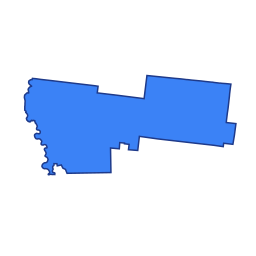 Cervenia, Teleorman, Romania, rotated 7°
{"feature_id": "2599482B58778725619949", "entity_name": "Cervenia", "entity_type": "district", "adm_level": 2, "iso_a3": "ROU", "parent_name": "Romania", "parent_adm1": "Teleorman", "projection": "albers", "projection_center": [25.475, 43.834], "detail": "fine", "context": "isolated", "style": "filled", "palette": "blue", "viewbox_px": 256, "rotation_deg": 7, "n_neighbors": 0, "source": "geoboundaries", "source_scale": "gbopen_adm2", "svg_char_len": 5124}
<svg xmlns="http://www.w3.org/2000/svg" viewBox="0 0 256 256"><g transform="rotate(7 128 128)"><path d="M234.6,110.5L233.6,110.5L225.4,110.6L224.9,110.6L224.8,109.1L224.8,105.6L224.8,103.7L224.8,101.0L224.9,96.9L224.9,96.4L224.9,94.6L224.8,83.9L224.7,81.7L224.7,78.9L224.7,76.8L224.8,71.9L219.6,72.0L215.8,72.2L214.1,72.2L213.7,72.3L207.8,72.3L207.6,72.3L207.2,72.3L206.8,72.2L205.1,72.3L199.2,72.4L194.9,72.4L185.0,72.7L184.8,72.7L183.3,72.7L181.6,72.7L180.2,72.8L178.8,72.8L174.9,72.8L171.3,72.9L168.7,73.0L140.4,73.6L140.4,96.9L112.5,96.8L93.2,96.9L93.2,90.2L90.5,90.1L86.3,90.1L69.0,90.2L44.8,90.3L35.5,90.4L30.4,90.3L27.7,90.4L27.1,90.4L27.0,91.0L27.0,91.3L26.9,91.6L26.6,91.5L26.4,91.7L25.5,92.0L25.2,92.2L25.0,92.3L24.9,92.4L24.9,92.6L24.0,93.2L23.9,93.6L23.8,94.1L23.8,94.7L23.9,95.2L24.1,95.6L24.2,95.8L24.3,96.1L24.6,96.3L24.9,96.7L25.5,97.1L25.8,97.3L26.1,97.4L26.3,97.6L26.6,97.7L27.2,98.2L27.1,98.4L26.8,98.5L26.0,98.8L25.9,98.9L25.7,99.3L25.4,99.5L25.1,99.9L24.9,100.1L24.8,100.3L24.6,100.6L24.4,101.0L24.3,101.4L24.2,101.6L24.2,101.9L24.2,102.1L24.4,102.4L24.4,102.6L24.6,103.2L24.7,103.4L24.8,103.8L24.8,104.2L25.0,104.6L25.1,105.2L25.1,105.3L24.6,105.4L24.1,105.3L23.7,105.6L23.3,105.6L23.0,106.0L22.8,106.3L22.2,106.9L21.8,107.5L21.5,107.8L21.5,108.0L21.4,108.2L21.4,108.4L21.4,109.8L21.4,110.2L21.6,110.9L22.0,111.9L22.3,112.8L22.4,113.0L22.6,113.7L22.7,115.0L22.7,115.9L22.8,116.3L22.8,116.7L22.9,117.4L23.0,118.0L22.9,118.7L22.9,119.0L23.0,119.7L23.1,120.6L23.1,121.0L23.3,121.7L23.3,122.3L23.3,122.8L23.6,123.2L24.1,123.4L24.3,123.5L24.5,123.7L24.7,123.8L24.8,124.2L24.7,124.5L24.6,124.9L24.6,125.0L24.8,125.1L25.0,125.1L25.2,125.3L25.3,125.6L25.5,125.9L25.9,126.2L26.3,126.4L26.4,126.6L26.5,126.8L26.8,127.4L26.9,127.8L26.9,128.0L26.9,128.3L26.8,128.8L26.7,129.1L26.7,129.5L26.5,129.9L26.2,130.2L26.1,130.3L26.1,130.6L26.1,130.8L26.0,131.0L26.3,131.5L26.4,132.1L26.5,132.3L26.7,132.5L27.1,132.7L27.4,133.0L27.6,133.2L27.8,133.4L28.1,133.6L28.3,133.7L28.5,133.7L28.8,133.5L29.0,133.8L29.4,133.9L29.7,133.9L29.9,133.9L30.3,133.7L30.5,133.6L30.7,133.3L30.8,133.2L30.7,132.9L30.8,132.7L31.0,132.5L31.1,132.3L31.2,132.2L31.4,132.1L31.5,132.1L31.9,132.2L32.0,132.2L32.3,132.2L32.4,132.3L32.5,132.4L32.7,132.2L32.9,132.2L33.1,132.0L33.3,131.9L33.5,131.9L33.6,132.0L33.9,132.2L34.0,132.2L34.3,132.1L34.5,132.1L34.5,132.3L34.7,132.6L34.8,133.1L35.0,133.4L35.2,133.6L35.3,133.8L35.3,134.1L35.4,134.3L35.5,134.4L35.6,134.5L36.0,134.5L36.4,135.1L36.7,135.6L37.3,136.4L37.6,136.9L37.7,137.1L37.7,137.3L37.7,137.7L37.6,138.0L37.3,139.3L37.3,139.7L37.3,140.1L37.5,140.5L38.0,140.9L38.4,141.0L39.0,140.9L39.4,140.9L39.7,141.0L40.1,141.1L40.6,141.4L41.0,141.7L41.2,142.0L41.4,142.4L41.4,142.8L41.4,143.4L41.3,143.7L41.1,144.1L40.9,144.3L40.6,144.5L40.3,144.6L40.0,144.6L39.4,144.5L38.9,144.5L37.7,144.5L37.4,144.8L36.9,145.2L36.4,145.6L36.2,145.9L36.1,146.2L36.1,146.6L36.2,147.3L36.5,147.9L36.8,148.6L37.5,149.4L37.8,149.7L38.1,149.8L38.5,149.9L39.1,150.0L39.6,149.9L40.2,149.6L40.7,149.6L41.1,149.6L41.5,149.6L42.0,149.7L42.6,150.1L43.6,151.1L43.9,151.4L44.0,151.8L44.0,152.0L43.9,152.6L43.6,153.8L43.7,154.2L43.7,154.6L43.9,154.8L44.0,155.0L44.3,155.2L44.6,155.3L45.3,155.3L45.8,155.3L46.0,155.2L46.6,154.8L46.9,154.7L47.4,154.6L47.9,154.6L48.2,154.7L48.7,154.9L49.0,155.1L49.2,155.3L49.4,155.8L49.5,156.1L49.9,156.6L50.0,156.8L50.0,157.1L50.0,157.3L49.9,157.6L49.6,157.7L49.1,157.8L48.5,157.9L48.2,158.1L47.8,158.5L47.6,158.8L47.6,159.1L47.6,159.5L47.8,159.9L48.1,160.4L48.9,161.3L49.5,162.3L49.8,162.9L49.8,163.1L49.8,163.3L49.7,163.9L49.4,164.7L49.2,165.2L49.1,165.4L49.0,165.7L49.0,165.8L49.1,166.0L49.3,166.2L49.7,166.4L50.4,166.7L51.2,167.0L51.5,167.3L51.7,167.5L52.2,168.4L52.3,168.6L52.4,168.8L52.5,168.9L52.4,169.1L52.4,169.4L52.3,170.1L52.2,170.5L52.2,170.8L52.1,171.0L51.9,171.4L51.6,171.8L51.1,172.2L50.9,172.4L50.4,172.5L49.8,172.6L49.5,172.7L49.2,172.8L48.6,173.3L48.2,173.7L47.8,174.2L47.5,174.7L47.4,175.1L47.3,175.7L47.2,176.3L47.3,176.6L47.4,176.9L47.7,177.3L48.1,177.7L48.5,178.1L49.1,178.4L49.5,178.5L49.9,178.6L50.1,178.6L50.5,178.5L50.9,178.4L51.6,178.4L52.3,178.4L52.7,178.5L53.2,178.6L53.7,178.9L54.3,179.3L54.8,180.0L55.2,180.5L55.5,180.9L55.6,181.2L55.6,181.7L55.5,182.1L55.5,182.4L55.3,182.6L54.7,183.2L54.5,183.5L54.5,183.8L54.6,184.0L55.3,184.1L55.5,183.8L55.9,183.6L57.0,183.4L57.6,183.4L58.6,183.4L59.7,183.2L60.1,183.2L60.5,183.1L61.0,183.1L61.0,182.2L60.9,181.8L60.8,181.6L60.6,181.5L58.9,181.1L58.7,181.1L58.4,180.7L58.2,180.3L58.2,180.0L58.2,179.7L58.2,179.4L58.2,179.2L58.4,178.8L58.6,178.4L58.7,178.1L58.6,177.8L58.6,177.6L58.3,177.3L58.2,177.1L58.2,176.8L58.1,176.6L58.0,176.2L58.0,175.6L58.0,175.4L58.1,175.1L58.4,174.8L58.7,174.6L58.8,174.5L58.9,174.3L59.0,173.8L59.0,173.1L58.9,172.4L61.8,172.1L62.4,174.2L65.8,173.0L66.3,172.8L68.2,175.7L68.5,175.9L70.1,176.4L71.0,176.7L71.8,178.2L73.0,180.4L116.5,174.3L113.1,150.0L121.9,149.7L121.6,143.5L126.4,143.4L126.4,144.1L131.1,144.1L131.1,149.5L140.4,149.1L140.3,134.9L158.5,135.2L196.8,134.9L215.1,134.7L224.8,134.9L224.8,131.5L234.1,131.4L234.5,122.4L234.6,110.5Z" fill="#3b82f6" stroke="#1e3a8a" stroke-width="1.5"/></g></svg>